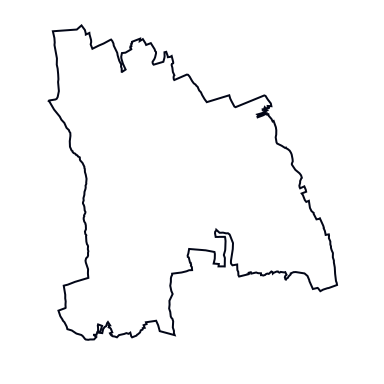 outline of Voinesti, Vaslui, Romania, rotated 185°
{"feature_id": "2599482B92497784274092", "entity_name": "Voinesti", "entity_type": "district", "adm_level": 2, "iso_a3": "ROU", "parent_name": "Romania", "parent_adm1": "Vaslui", "projection": "mercator", "projection_center": [27.426, 46.554], "detail": "fine", "context": "isolated", "style": "outline", "palette": "ink", "viewbox_px": 384, "rotation_deg": 185, "n_neighbors": 0, "source": "geoboundaries", "source_scale": "gbopen_adm2", "svg_char_len": 5987}
<svg xmlns="http://www.w3.org/2000/svg" viewBox="0 0 384 384"><g transform="rotate(185 192 192)"><path d="M342.7,270.1L341.8,269.5L336.6,262.1L330.3,255.6L328.4,252.6L325.2,249.7L322.6,245.0L319.9,242.8L319.5,241.6L318.4,240.3L318.0,237.3L318.2,232.0L317.5,226.4L315.6,222.9L314.5,222.2L314.4,221.5L313.3,220.5L311.5,219.9L310.9,219.0L309.6,218.6L309.1,218.2L308.9,217.6L306.8,216.7L306.5,214.6L306.1,213.7L303.6,211.4L301.4,207.7L301.3,206.5L300.8,205.7L300.4,202.6L299.4,200.1L298.2,195.9L298.2,191.8L298.0,191.0L298.6,189.0L298.3,187.4L298.4,185.7L299.1,182.8L299.0,179.7L299.6,176.4L299.2,174.1L299.7,172.1L299.6,171.0L298.5,169.3L297.9,167.7L297.3,164.3L296.4,162.8L296.5,161.7L297.5,159.3L297.2,158.3L297.6,157.3L297.6,155.7L296.8,153.2L295.4,151.4L295.4,150.8L294.9,149.8L294.4,145.7L295.2,143.2L294.6,140.9L293.5,139.7L293.7,138.8L292.9,133.4L292.1,130.9L291.2,129.8L290.8,128.7L290.8,126.0L290.1,123.9L290.3,122.4L290.0,119.7L290.3,118.4L291.7,116.7L292.1,114.3L291.6,112.4L288.8,106.0L288.6,101.8L287.8,97.4L300.7,92.3L307.6,88.9L311.6,87.5L309.3,78.5L309.0,74.9L308.3,72.0L308.2,68.6L307.8,65.9L307.9,65.4L314.7,62.2L312.3,56.7L309.8,53.5L309.5,52.7L307.7,51.1L305.1,47.0L304.2,44.5L299.7,43.6L294.8,40.9L289.7,39.9L288.1,38.8L285.8,36.3L285.0,35.8L282.4,35.7L280.8,36.2L276.7,36.6L274.7,39.2L277.2,40.9L277.2,41.2L274.7,41.4L274.1,44.4L273.5,45.2L273.6,47.6L274.2,50.9L274.0,51.9L269.9,50.8L271.0,45.9L272.3,43.7L269.1,43.6L268.6,47.4L267.4,49.8L265.9,50.8L265.1,54.0L264.4,55.1L262.0,52.0L263.3,51.7L262.8,50.6L263.1,49.9L261.8,49.5L260.8,48.5L259.2,45.2L261.4,44.1L260.6,42.9L259.6,42.7L259.7,42.1L258.5,41.4L256.4,41.3L254.1,40.7L252.2,43.1L247.1,44.7L245.1,45.7L242.8,45.2L241.2,46.5L239.9,42.9L239.0,42.0L234.8,44.1L234.2,45.1L233.4,45.6L231.5,47.6L231.0,49.7L229.4,50.5L229.1,51.1L229.2,52.1L227.3,52.6L228.6,55.1L225.7,56.5L226.5,58.2L216.5,60.6L214.1,56.3L212.0,50.6L196.8,47.9L197.7,49.8L197.9,52.1L199.3,55.4L199.5,61.6L200.5,64.0L201.4,64.7L202.3,66.1L203.2,70.6L204.6,73.9L204.5,77.7L205.0,81.7L202.4,88.7L204.0,91.7L205.5,96.7L205.2,100.5L205.5,104.2L205.2,106.1L204.6,107.5L204.7,108.9L195.4,110.9L190.4,112.6L188.1,113.8L185.1,114.2L185.6,117.2L186.7,118.5L186.5,119.4L187.1,121.2L187.5,121.1L188.0,122.0L189.5,126.5L190.5,126.9L190.8,128.4L190.3,130.4L189.9,135.0L173.3,135.1L164.4,134.2L163.8,132.3L163.5,127.4L164.2,122.6L159.0,122.6L159.1,120.2L152.9,120.7L153.5,129.2L154.8,132.0L153.9,136.6L153.9,138.3L154.3,146.1L155.0,149.5L155.3,150.2L164.5,149.3L165.5,153.0L165.4,154.6L164.6,155.5L164.5,156.5L161.0,153.8L157.5,154.2L154.6,153.8L152.5,154.0L150.9,153.0L150.4,152.2L146.7,144.7L146.4,138.7L147.2,126.8L147.0,124.5L146.4,123.5L145.3,122.5L140.7,123.7L140.0,118.2L139.0,116.5L138.5,113.1L137.7,111.9L129.2,114.8L129.4,115.0L128.0,115.6L128.4,116.5L126.4,117.2L125.7,115.9L121.1,117.4L119.1,116.9L116.2,117.0L116.0,115.2L114.9,115.3L113.8,115.0L112.0,115.7L111.2,116.6L109.9,117.3L108.4,117.1L106.0,119.7L104.9,119.3L104.4,117.8L103.8,118.5L100.8,120.1L99.5,120.3L99.0,119.7L97.7,119.3L96.7,120.1L93.1,119.9L92.1,120.3L90.6,117.8L91.7,116.5L92.1,115.2L91.3,113.1L90.8,112.9L90.2,114.1L89.0,114.9L88.4,116.3L86.5,118.5L86.6,119.5L83.8,121.0L81.6,121.3L72.8,120.7L69.6,118.4L67.6,114.6L67.2,113.3L63.1,105.9L58.6,107.4L58.0,107.1L55.5,104.4L52.8,106.2L48.6,108.0L47.6,108.2L39.4,112.0L39.9,114.0L40.8,115.9L42.3,123.0L43.2,129.3L44.5,134.1L44.7,136.1L46.0,139.2L46.3,143.5L47.7,146.0L48.7,148.5L48.8,149.9L49.6,151.8L49.9,154.8L51.6,157.9L51.7,160.6L52.0,161.7L55.1,160.9L56.2,164.7L57.7,167.5L57.5,167.8L58.3,169.8L62.3,176.9L63.1,176.3L65.6,175.6L68.9,180.8L68.9,181.7L71.3,183.4L73.1,186.4L74.8,193.4L77.3,192.1L78.9,193.8L81.2,198.5L82.6,200.1L78.3,202.2L78.9,204.2L80.6,207.4L84.6,205.1L85.1,205.9L85.6,207.6L85.1,210.5L85.2,212.4L84.2,215.4L83.8,215.7L84.8,218.1L85.4,218.8L86.5,220.0L91.0,223.1L94.9,228.0L95.0,229.0L94.3,231.3L94.7,233.6L96.0,238.1L96.9,239.8L98.3,241.7L100.5,243.2L102.1,243.8L102.3,244.4L103.3,244.1L106.7,245.9L111.4,247.7L112.1,248.7L113.4,253.8L113.1,256.5L113.4,260.9L114.1,263.8L116.9,269.9L117.8,269.3L119.2,271.7L122.2,274.6L122.7,276.1L123.8,275.6L124.3,276.8L128.2,274.4L133.1,272.1L133.3,272.6L132.3,273.0L132.1,273.7L129.9,274.4L125.9,276.9L126.1,277.8L132.8,274.2L133.7,274.9L129.2,276.6L127.7,277.8L125.4,278.7L125.3,279.4L124.4,279.8L125.2,280.3L128.7,279.9L128.8,280.5L126.2,280.7L126.3,281.1L127.7,281.0L126.6,281.5L127.2,281.7L126.9,282.8L126.1,282.0L123.4,281.9L122.8,282.2L122.6,282.8L122.8,283.2L123.9,283.2L124.1,284.3L120.4,284.4L121.2,287.1L124.7,290.9L127.1,294.1L128.4,294.5L156.0,280.3L157.2,280.8L160.7,286.1L162.1,288.5L163.3,291.6L185.1,282.8L187.5,285.5L190.3,289.4L191.8,292.1L193.7,293.8L195.6,297.3L197.0,298.3L197.8,299.3L199.7,300.4L201.6,302.6L204.4,306.7L206.1,308.4L207.4,308.5L219.4,302.0L219.9,302.6L220.3,304.2L220.3,305.8L219.7,306.7L221.5,309.9L222.4,314.1L223.4,316.8L223.2,317.8L222.0,318.6L222.0,319.6L224.1,325.7L225.5,324.7L227.8,324.2L228.0,325.2L229.9,329.4L231.6,328.8L231.1,324.7L231.2,323.1L231.9,319.2L241.3,315.5L241.7,315.8L242.5,317.2L242.6,318.3L241.1,321.1L240.5,323.0L239.9,327.0L240.1,328.4L240.9,329.1L241.7,331.0L246.0,336.7L250.5,334.5L251.5,336.3L254.3,340.0L257.2,337.8L257.1,340.2L264.9,336.4L265.0,335.9L264.7,335.5L264.9,334.3L265.5,334.0L265.2,333.4L265.3,333.0L265.1,332.0L266.0,331.7L266.1,330.3L265.3,330.0L264.9,328.9L270.4,325.0L273.9,324.3L274.3,320.6L273.9,318.5L272.0,313.8L268.8,308.2L272.2,305.5L272.5,305.6L272.8,309.0L273.6,310.6L273.7,312.9L275.9,316.4L278.0,321.7L278.6,324.1L282.7,331.0L283.2,333.1L284.6,335.5L285.9,336.8L286.8,336.3L293.0,332.2L297.5,329.8L303.7,326.0L305.8,330.2L305.5,332.6L305.8,334.6L307.8,340.0L308.1,341.5L311.5,339.6L311.7,340.9L312.8,344.0L316.6,348.3L320.9,343.8L344.6,340.0L342.5,333.4L341.8,329.0L341.8,326.4L338.2,313.3L337.8,307.0L336.6,303.2L335.6,297.7L334.9,292.7L335.0,289.9L333.4,280.9L334.1,274.9L334.9,273.1L336.0,272.3L342.3,270.7L342.7,270.1Z" fill="none" stroke="#020617" stroke-width="2"/></g></svg>